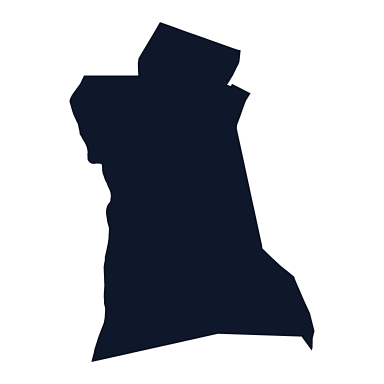 the district of Pocito, San Juan, Argentina
{"feature_id": "61730980B55193733465089", "entity_name": "Pocito", "entity_type": "district", "adm_level": 2, "iso_a3": "ARG", "parent_name": "Argentina", "parent_adm1": "San Juan", "projection": "orthographic", "projection_center": [-68.624, -31.735], "detail": "fine", "context": "isolated", "style": "filled", "palette": "ink", "viewbox_px": 384, "rotation_deg": 0, "n_neighbors": 0, "source": "geoboundaries", "source_scale": "gbopen_adm2", "svg_char_len": 3808}
<svg xmlns="http://www.w3.org/2000/svg" viewBox="0 0 384 384"><path d="M293.4,277.0L292.4,276.2L288.6,273.1L282.4,268.1L281.3,267.3L279.8,266.0L274.0,260.6L271.3,258.1L269.6,256.4L268.6,255.5L265.8,252.8L261.6,248.7L261.3,245.5L258.2,231.2L253.8,210.6L252.0,202.6L243.7,163.9L240.4,148.7L236.4,130.4L236.2,129.4L236.1,128.6L236.0,128.0L236.1,127.2L236.2,126.6L236.3,124.9L240.5,113.6L241.1,111.7L243.9,103.9L245.3,100.4L245.6,99.8L246.0,99.2L249.5,93.6L245.5,91.6L243.3,90.5L239.9,88.7L232.3,84.9L231.2,87.2L229.1,86.3L225.9,85.2L228.6,81.0L230.1,78.5L232.2,75.1L232.3,75.0L235.7,67.9L237.9,63.8L238.2,62.8L238.5,62.0L238.7,61.1L239.0,58.6L239.1,57.6L239.8,50.8L238.6,50.7L237.4,50.4L234.6,49.5L234.4,49.4L229.8,47.8L209.6,40.6L204.3,38.7L187.2,32.7L181.6,30.7L175.2,28.3L165.6,24.9L160.3,23.0L158.3,26.5L156.5,29.7L147.6,44.6L141.4,54.9L141.3,55.1L139.3,58.6L138.9,61.1L138.6,63.5L138.7,68.2L139.1,76.3L84.5,76.3L83.1,79.2L80.7,84.2L80.5,84.5L79.5,85.8L73.6,93.9L73.0,94.9L72.3,95.9L70.7,99.2L70.4,100.4L70.4,101.1L70.3,101.8L71.4,105.5L72.5,109.4L72.6,109.9L74.3,114.8L75.2,116.7L76.2,118.9L76.6,119.8L76.9,120.6L78.1,122.8L78.6,124.0L78.7,124.4L79.0,125.6L79.1,126.2L79.2,127.1L79.5,128.4L79.8,129.6L80.1,131.2L80.3,131.8L80.3,132.3L80.4,133.9L80.8,134.4L81.1,134.9L81.4,135.5L81.9,136.2L82.2,136.7L82.4,137.2L83.0,138.3L83.4,139.0L83.8,139.8L84.1,140.2L84.4,140.6L84.7,141.3L85.0,141.6L85.3,142.0L85.6,142.6L85.8,143.0L86.1,143.6L86.3,144.2L86.6,144.7L86.6,144.8L86.9,145.3L87.1,146.1L87.6,147.4L87.7,147.8L87.8,148.3L88.0,149.0L88.0,149.6L88.1,150.1L88.3,150.9L88.3,151.3L88.3,151.8L88.4,152.3L88.4,153.0L88.2,153.6L88.2,154.0L88.2,154.6L88.1,155.1L88.2,155.7L88.3,156.5L88.3,157.8L88.3,158.4L88.3,159.1L88.6,159.8L89.0,160.5L89.2,160.9L89.6,161.4L90.1,161.8L90.6,162.2L91.1,162.5L91.7,162.8L92.6,163.0L93.1,163.0L93.7,163.1L94.6,163.1L95.1,163.0L95.8,162.9L96.6,162.8L97.3,162.8L98.0,162.8L98.6,162.8L99.1,162.9L99.7,162.9L100.3,163.0L100.9,163.1L101.6,163.3L102.1,163.8L102.6,164.6L102.7,165.1L102.8,166.1L102.8,167.1L102.9,168.6L102.9,169.8L103.0,171.1L103.3,172.6L103.4,173.0L103.6,173.7L103.7,174.2L103.9,174.6L104.5,176.1L104.9,177.5L105.1,177.9L105.4,178.8L105.6,179.5L105.8,180.0L106.1,180.6L106.7,181.7L107.3,182.7L107.6,183.4L108.0,184.6L108.2,185.1L108.4,185.8L108.7,186.4L109.0,186.8L109.2,187.4L109.5,188.1L109.7,188.3L109.9,188.8L110.1,189.4L110.5,190.2L110.6,190.7L111.0,191.6L111.5,194.1L111.6,197.0L111.2,199.2L111.2,199.8L111.1,200.1L111.1,200.3L111.1,201.0L110.9,201.7L110.6,202.2L110.1,202.9L109.8,203.2L109.0,204.2L108.6,204.8L108.4,205.2L107.9,206.1L107.6,206.9L107.5,207.4L107.0,209.4L106.9,210.0L106.8,211.1L106.8,212.2L106.8,213.5L106.9,214.1L107.0,215.2L107.1,216.0L107.3,216.8L107.4,217.5L107.6,218.7L107.7,219.1L107.7,219.7L107.9,221.3L108.0,221.9L108.3,222.7L108.5,223.6L108.7,224.3L108.8,224.6L109.1,225.6L109.5,227.2L109.7,227.8L109.8,228.4L109.7,228.9L109.7,229.8L109.6,231.7L109.5,233.3L109.4,234.8L109.4,236.6L109.2,238.3L109.2,239.0L109.0,240.4L108.8,242.1L108.7,242.7L107.6,248.0L106.4,253.8L105.6,256.9L105.6,258.8L105.6,260.4L105.1,262.4L104.7,265.1L104.5,266.5L104.4,267.1L104.5,269.4L104.7,274.7L104.9,280.7L105.1,285.5L104.8,290.0L104.6,293.1L104.5,296.4L104.7,299.3L104.8,302.2L104.8,303.8L105.5,306.3L105.9,308.5L105.9,310.0L105.8,312.0L105.6,314.9L105.5,317.3L104.7,322.2L104.5,323.0L102.3,328.7L99.2,336.8L95.3,349.0L94.7,352.1L94.6,352.6L92.4,361.0L217.9,333.0L300.6,335.8L302.8,335.9L302.9,337.2L311.4,348.8L311.8,347.3L311.8,346.4L311.9,340.6L312.0,338.2L312.0,337.9L312.1,337.7L312.2,337.0L312.8,334.9L312.8,334.7L313.4,332.2L313.5,332.0L313.7,331.3L313.7,331.0L313.5,330.6L313.3,329.5L311.6,322.8L309.3,313.5L304.6,303.4L302.8,299.3L296.3,284.3L294.0,278.9L293.9,278.6L293.9,278.1L293.4,277.0Z" fill="#0f172a" stroke="#020617" stroke-width="1.5"/></svg>